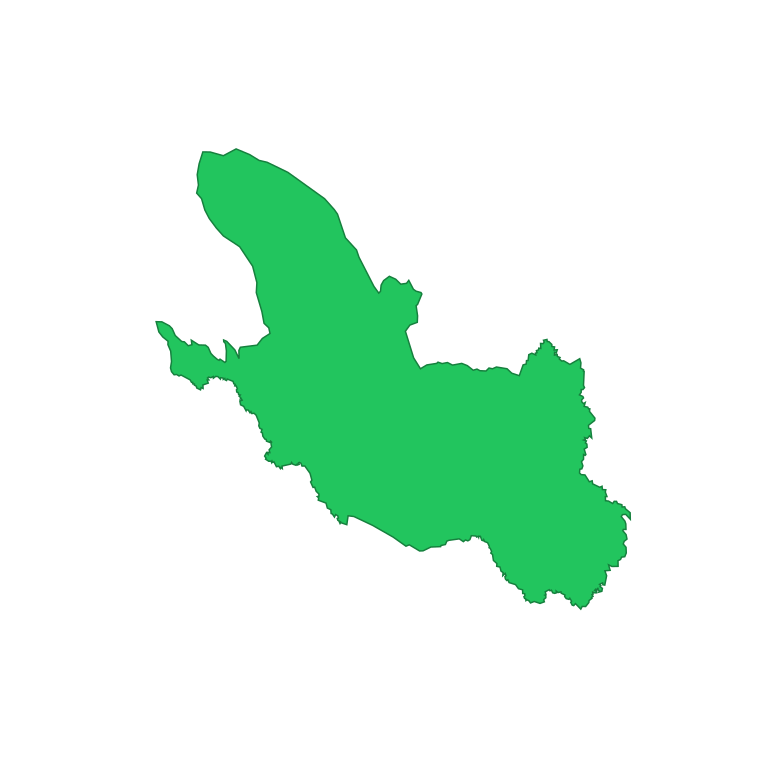 Thai Charoen, Yasothon, Thailand (Equal Earth projection), rotated 336°
{"feature_id": "78962969B95205724329229", "entity_name": "Thai Charoen", "entity_type": "district", "adm_level": 2, "iso_a3": "THA", "parent_name": "Thailand", "parent_adm1": "Yasothon", "projection": "equal_earth", "projection_center": [104.445, 16.096], "detail": "fine", "context": "isolated", "style": "filled", "palette": "green", "viewbox_px": 768, "rotation_deg": 336, "n_neighbors": 0, "source": "geoboundaries", "source_scale": "gbopen_adm2", "svg_char_len": 6170}
<svg xmlns="http://www.w3.org/2000/svg" viewBox="0 0 768 768"><g transform="rotate(336 384 384)"><path d="M417.5,616.3L422.6,620.8L423.6,625.7L426.9,628.4L425.5,631.8L427.2,632.8L426.6,634.8L425.3,635.2L425.2,637.1L426.1,637.6L425.6,639.6L426.7,639.2L428.2,640.9L428.8,643.6L432.8,643.8L437.3,647.9L441.9,648.2L442.2,645.9L444.9,645.1L445.7,643.2L445.1,642.3L446.3,642.3L446.8,639.4L451.3,639.1L451.5,640.4L453.1,640.5L453.2,643.4L454.8,644.7L456.6,644.9L457.1,643.2L458.2,645.3L461.1,645.9L460.8,647.2L463.5,650.4L462.6,651.6L463.2,654.2L465.4,656.0L466.6,655.3L467.0,658.7L465.8,659.4L466.0,662.6L467.2,663.6L469.6,662.5L472.2,669.7L474.6,667.8L477.7,669.3L482.2,667.0L483.3,665.2L486.8,664.4L486.7,663.4L488.6,663.0L488.3,661.1L489.4,661.1L490.1,658.3L490.4,659.9L492.9,661.1L493.9,660.0L492.5,658.2L494.0,657.5L494.7,658.8L496.6,657.2L495.8,659.2L496.9,660.9L495.5,661.5L498.7,662.0L500.4,659.5L499.0,657.1L500.1,656.4L499.4,654.7L502.8,654.6L502.3,656.5L503.9,657.5L509.4,649.7L509.8,644.5L514.8,646.2L515.6,640.5L518.0,643.4L523.7,645.8L525.9,640.6L528.7,640.5L530.6,638.8L533.7,639.7L536.6,636.9L538.7,631.6L537.5,627.5L539.4,625.4L542.9,624.5L543.9,620.1L542.5,615.1L543.5,614.2L545.9,615.3L548.0,610.2L548.3,607.2L546.8,601.7L548.7,600.3L551.8,601.4L554.0,607.7L556.5,601.7L553.8,596.1L554.0,594.1L551.5,593.2L552.2,591.0L548.7,588.2L548.7,585.8L546.6,584.8L544.3,586.2L541.5,582.3L538.9,580.7L540.4,576.9L541.9,577.5L542.2,572.8L543.6,570.8L540.6,569.3L541.6,566.1L539.1,566.1L534.0,560.1L534.8,557.1L531.8,556.8L530.6,548.8L527.3,547.0L526.4,544.9L528.2,541.5L530.2,542.0L532.4,539.7L532.8,535.3L535.7,533.9L537.6,529.6L538.7,531.0L539.7,530.6L540.4,524.9L543.8,524.5L544.9,521.4L544.0,519.8L545.7,518.3L543.8,516.5L545.3,516.7L545.5,514.6L547.6,516.4L550.6,514.9L551.8,517.8L554.6,508.9L553.0,507.8L554.0,504.9L561.6,503.0L562.8,501.0L560.6,492.6L561.9,490.4L560.8,489.9L560.7,488.0L557.7,485.9L560.2,482.8L558.3,483.1L557.4,480.6L558.1,478.9L560.6,477.9L560.6,476.3L558.1,473.4L560.7,471.9L561.9,469.3L563.4,470.0L565.7,468.9L565.7,466.4L572.0,453.8L571.4,453.2L572.1,452.2L570.0,449.4L572.5,444.8L573.1,440.5L561.8,441.7L557.6,435.9L555.7,435.3L554.3,432.4L555.6,431.4L553.6,429.4L554.2,427.5L551.5,426.9L552.7,424.5L553.9,425.8L556.2,423.2L553.2,422.1L554.9,419.5L552.6,418.0L553.4,416.1L551.9,412.4L550.4,411.6L551.0,409.6L547.5,408.9L547.4,410.9L545.8,411.8L543.5,410.6L541.7,415.3L540.0,414.2L539.0,415.7L536.8,415.5L536.5,417.6L534.9,417.4L534.4,419.2L531.6,416.0L528.2,416.1L525.2,421.1L523.7,420.6L522.0,423.6L518.9,423.1L511.0,431.4L505.1,426.1L502.6,420.1L493.6,414.2L489.3,414.2L486.4,412.1L482.5,413.6L477.1,410.9L475.0,408.2L471.1,407.7L467.6,401.1L463.4,396.8L454.3,394.6L450.7,390.2L445.4,389.0L442.2,386.0L440.5,386.6L430.9,384.0L423.5,384.9L421.7,372.2L425.0,344.5L431.6,340.7L439.5,341.2L442.4,335.4L445.2,325.5L447.0,325.0L455.2,317.2L455.0,315.5L451.0,312.2L449.4,309.4L448.8,299.4L445.5,301.2L439.9,299.6L437.3,293.0L432.7,287.8L425.7,289.4L421.6,292.5L418.5,297.9L416.2,298.8L414.5,290.8L412.7,258.0L413.4,250.4L408.2,234.8L410.6,209.9L409.5,204.4L405.1,190.6L382.3,151.6L367.4,133.9L360.8,128.9L354.6,119.8L344.5,109.1L330.1,110.1L319.6,101.4L312.9,98.3L304.7,107.6L298.5,116.8L295.4,126.8L290.5,133.4L292.7,140.5L291.1,152.2L291.7,161.8L294.3,173.4L297.5,183.4L308.0,199.9L311.9,223.0L309.1,239.7L304.5,248.6L301.9,268.2L299.1,279.8L301.6,285.8L300.4,291.5L291.4,292.9L283.9,296.9L267.7,292.0L265.1,294.3L261.9,301.9L261.6,292.1L257.7,281.1L255.4,278.6L254.8,280.2L255.6,282.5L253.5,289.6L249.0,299.0L247.4,299.6L244.3,294.6L243.0,295.3L241.7,293.7L239.5,289.1L238.3,285.7L238.3,279.0L236.7,275.9L230.7,273.0L225.8,265.6L224.5,270.0L220.7,269.4L218.8,264.3L216.5,262.9L213.0,254.8L213.0,247.3L211.6,243.5L206.4,236.9L201.2,234.4L199.5,244.9L201.0,251.0L204.1,257.1L202.6,260.2L202.5,267.2L199.0,277.1L195.5,282.5L194.9,286.3L196.0,290.2L198.5,291.0L200.0,293.3L202.2,293.2L208.6,301.4L208.8,304.2L209.9,304.7L209.4,306.2L210.8,306.9L210.3,307.9L211.6,309.6L211.3,311.5L214.0,314.7L215.5,312.9L216.9,314.5L218.2,311.2L223.8,311.7L224.1,308.4L225.7,309.0L225.2,306.7L226.5,306.3L228.4,307.8L231.0,307.7L230.5,309.3L233.4,308.6L235.3,309.7L236.5,312.9L237.3,311.8L238.7,312.6L239.6,313.5L239.1,314.4L240.8,314.2L240.5,315.6L241.6,316.8L242.8,315.7L247.2,320.2L246.9,322.7L247.9,323.8L246.9,325.0L248.2,325.7L248.1,328.8L246.9,329.2L246.2,331.4L247.3,332.5L246.9,334.5L248.2,335.6L246.7,336.2L247.5,338.2L246.6,339.3L247.6,339.4L247.8,341.1L245.4,340.9L244.5,344.7L246.7,347.3L247.1,352.4L247.8,351.6L249.4,352.7L249.9,355.8L251.2,355.1L251.2,357.2L253.4,357.9L254.5,360.5L254.2,368.8L252.6,371.3L252.6,374.1L254.1,375.8L252.1,378.0L253.0,379.2L252.1,382.3L252.7,385.8L253.8,386.7L253.4,388.4L255.8,390.8L257.2,390.0L257.7,391.4L256.7,391.9L255.7,395.8L252.3,397.4L251.8,400.2L250.1,399.2L249.5,400.8L248.8,398.9L245.6,401.3L246.1,403.8L245.2,404.5L247.3,407.7L249.5,408.6L249.4,409.9L250.4,408.9L250.5,410.4L251.8,410.3L252.1,415.8L254.4,416.3L254.9,419.1L255.8,418.3L256.7,419.9L257.5,417.5L266.5,419.3L267.6,418.1L268.1,420.2L270.6,422.5L272.1,421.8L272.1,422.8L273.8,422.9L274.0,421.2L274.8,421.2L275.9,422.6L275.7,425.6L278.3,426.7L280.1,435.5L279.0,442.5L277.1,443.6L277.1,449.6L278.7,450.1L278.4,454.5L279.8,458.0L278.9,460.0L277.3,459.7L278.0,461.4L276.7,463.4L282.6,469.2L281.8,474.3L284.3,477.2L283.0,480.8L284.0,481.8L284.6,485.4L286.8,483.6L288.2,485.7L287.8,487.9L286.6,487.8L286.4,489.8L287.8,491.7L287.1,491.6L287.1,493.6L288.0,493.0L292.8,497.4L297.6,489.8L302.6,492.8L316.0,508.4L330.1,527.6L338.1,541.1L341.7,541.2L348.6,551.0L351.9,552.3L360.5,552.0L369.6,555.6L370.4,554.7L374.8,555.6L377.5,553.1L379.7,553.2L389.8,556.1L392.4,560.3L395.0,559.6L396.8,561.4L399.2,561.1L402.1,558.1L406.2,560.3L406.4,561.5L408.1,561.4L408.1,562.6L408.7,561.7L410.1,562.3L409.8,566.5L411.0,567.6L411.8,566.8L411.8,568.8L414.1,571.1L414.2,575.1L413.4,576.3L414.2,577.3L414.2,580.7L412.8,581.9L413.8,583.9L412.2,589.7L414.1,593.9L412.8,596.4L415.5,598.4L414.8,602.5L416.1,604.7L414.6,607.4L417.7,606.3L417.5,608.8L416.1,609.2L415.6,611.5L416.2,613.4L417.5,613.2L417.5,616.3Z" fill="#22c55e" stroke="#15803d" stroke-width="1.5"/></g></svg>